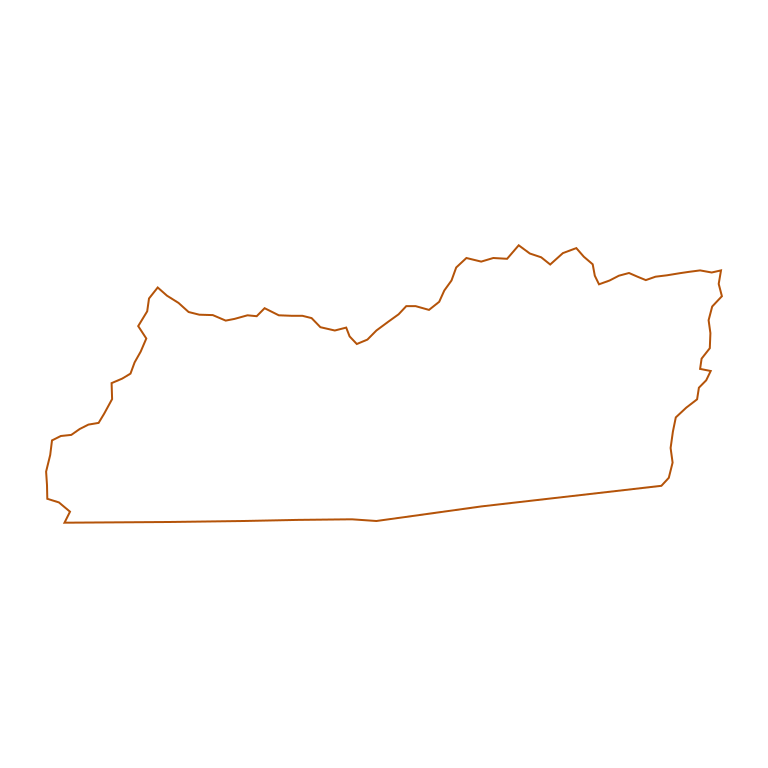 the district of São Pedro de Alcântara, Santa Catarina, Brazil
{"feature_id": "56859067B21132471416897", "entity_name": "São Pedro de Alcântara", "entity_type": "district", "adm_level": 2, "iso_a3": "BRA", "parent_name": "Brazil", "parent_adm1": "Santa Catarina", "projection": "robinson", "projection_center": [-48.836, -27.586], "detail": "fine", "context": "isolated", "style": "outline", "palette": "amber", "viewbox_px": 768, "rotation_deg": 0, "n_neighbors": 0, "source": "geoboundaries", "source_scale": "gbopen_adm2", "svg_char_len": 1398}
<svg xmlns="http://www.w3.org/2000/svg" viewBox="0 0 768 768"><path d="M376.4,521.0L481.5,506.4L661.4,485.8L668.8,477.8L672.6,462.6L670.6,448.0L672.9,431.6L675.8,417.4L686.2,407.7L697.1,399.3L698.9,387.7L706.2,380.3L710.7,371.0L700.1,368.9L701.6,358.6L709.8,348.2L710.4,333.1L708.6,320.2L712.2,306.5L721.9,296.2L718.7,283.9L721.0,270.4L711.7,272.5L700.1,270.4L688.6,271.9L679.8,273.2L667.0,275.3L655.5,276.7L645.8,280.1L637.5,276.7L629.0,273.0L618.9,275.7L609.6,280.5L599.0,284.3L594.8,275.7L592.7,264.3L583.8,256.7L576.3,248.1L562.9,253.1L550.2,264.5L541.2,257.3L529.8,253.5L518.7,245.3L507.1,258.8L493.3,258.0L481.2,261.6L466.4,258.0L456.2,267.5L451.5,280.5L444.3,290.5L439.2,301.8L429.0,309.9L415.5,306.1L406.3,306.1L398.6,314.3L388.3,321.7L376.4,330.5L367.4,339.6L356.8,344.0L349.6,336.4L346.2,327.6L334.8,330.5L320.4,327.2L311.6,318.1L302.4,315.8L291.8,315.8L278.8,315.3L264.6,308.2L256.7,316.2L247.5,315.3L234.5,318.9L225.7,320.6L212.8,315.1L199.3,314.7L188.6,312.0L178.5,302.9L167.0,295.7L157.7,287.5L149.0,298.5L147.2,311.3L138.2,326.1L146.3,338.5L140.7,351.6L134.6,362.4L130.5,373.6L122.2,378.6L111.6,383.1L112.1,399.1L104.2,413.6L98.6,422.9L88.4,424.6L79.7,429.0L71.3,434.9L60.8,436.0L52.0,440.4L50.2,455.0L46.1,471.6L47.0,485.1L47.3,498.8L58.9,502.4L70.0,511.7L64.5,522.7L168.9,522.0L243.7,521.0L297.8,519.9L351.8,519.3L376.4,521.0Z" fill="none" stroke="#b45309" stroke-width="2"/></svg>